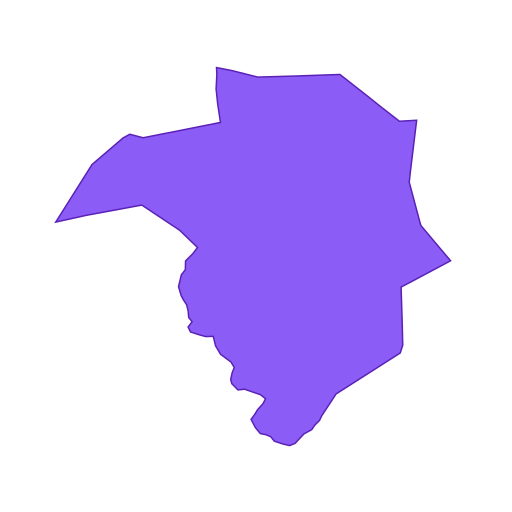 the district of Santo Antônio, Rio Grande do Norte, Brazil, rotated 259°
{"feature_id": "56859067B19314553813620", "entity_name": "Santo Antônio", "entity_type": "district", "adm_level": 2, "iso_a3": "BRA", "parent_name": "Brazil", "parent_adm1": "Rio Grande do Norte", "projection": "equal_earth", "projection_center": [-35.537, -6.324], "detail": "fine", "context": "isolated", "style": "filled", "palette": "violet", "viewbox_px": 512, "rotation_deg": 259, "n_neighbors": 0, "source": "geoboundaries", "source_scale": "gbopen_adm2", "svg_char_len": 1103}
<svg xmlns="http://www.w3.org/2000/svg" viewBox="0 0 512 512"><g transform="rotate(259 256 256)"><path d="M377.1,112.5L327.5,65.9L328.3,97.0L327.8,153.6L295.9,185.9L275.5,200.2L270.1,194.1L264.6,185.9L256.0,184.0L251.9,179.2L240.7,174.1L231.2,175.0L226.3,176.6L221.3,178.6L215.1,178.9L208.5,178.2L203.6,180.7L199.3,175.8L193.9,177.2L189.5,185.2L186.5,191.3L185.3,198.7L175.4,199.2L166.2,202.5L156.7,211.2L150.7,213.4L145.7,210.2L139.6,207.6L135.3,207.9L128.0,212.7L127.4,219.4L122.8,227.3L119.1,233.8L114.1,238.1L109.8,234.8L104.9,228.3L100.3,224.1L96.6,220.0L87.8,222.6L80.9,226.3L78.8,231.4L75.9,235.9L70.7,238.7L66.5,246.2L63.5,252.8L64.6,258.6L72.2,269.1L75.0,277.7L78.8,281.5L82.4,286.9L86.8,290.2L105.3,308.3L133.3,379.1L140.4,383.0L159.0,386.2L197.8,392.5L214.2,446.1L230.3,437.1L254.4,423.7L258.7,423.3L299.2,420.5L309.5,423.7L358.6,439.6L360.9,422.5L378.9,406.8L389.3,398.0L418.2,373.0L425.1,329.3L431.3,291.8L442.6,267.8L448.5,253.2L441.7,252.2L427.5,248.7L412.6,247.4L393.9,246.6L393.6,167.8L399.6,155.3L397.2,147.9L377.1,112.5Z" fill="#8b5cf6" stroke="#5b21b6" stroke-width="1.5"/></g></svg>